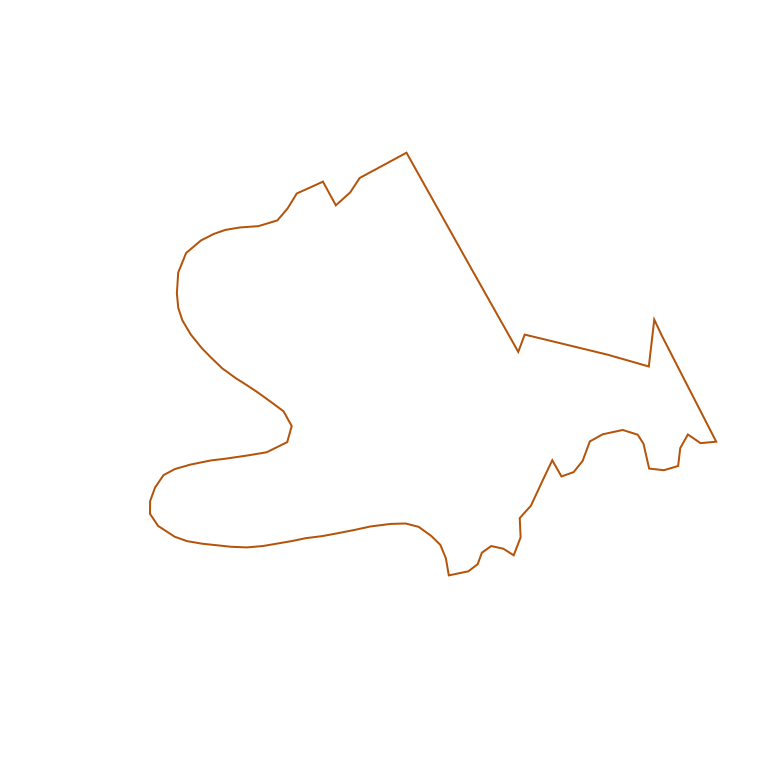 Mariano Moro, Rio Grande do Sul, Brazil, rotated 241°
{"feature_id": "56859067B96204382802981", "entity_name": "Mariano Moro", "entity_type": "district", "adm_level": 2, "iso_a3": "BRA", "parent_name": "Brazil", "parent_adm1": "Rio Grande do Sul", "projection": "orthographic", "projection_center": [-52.177, -27.34], "detail": "fine", "context": "isolated", "style": "outline", "palette": "amber", "viewbox_px": 768, "rotation_deg": 241, "n_neighbors": 0, "source": "geoboundaries", "source_scale": "gbopen_adm2", "svg_char_len": 1294}
<svg xmlns="http://www.w3.org/2000/svg" viewBox="0 0 768 768"><g transform="rotate(241 384 384)"><path d="M185.2,347.9L179.3,366.9L181.0,378.6L189.0,387.8L190.3,399.2L182.1,408.5L171.3,414.4L183.6,429.1L200.9,437.7L206.4,453.6L222.8,476.1L235.7,494.2L217.1,494.4L215.0,507.2L220.5,520.5L234.0,536.2L234.0,550.9L228.1,570.4L216.7,581.3L206.0,582.0L181.5,574.9L172.9,587.0L169.7,601.5L184.3,612.0L192.5,625.3L178.8,632.2L172.5,646.6L291.0,650.4L309.3,651.6L270.9,624.1L301.3,593.7L359.0,531.0L347.0,517.0L445.5,516.3L575.4,515.8L576.0,462.6L568.0,447.4L563.6,428.5L590.6,428.7L592.9,400.0L584.3,384.8L578.8,370.1L583.0,350.6L590.7,334.0L595.7,320.0L597.8,307.9L598.3,293.4L594.5,274.4L581.2,258.0L563.7,246.8L550.2,240.9L537.3,238.5L520.9,239.0L503.8,242.0L490.7,245.6L476.1,250.1L460.9,257.2L449.6,263.4L438.2,269.3L425.1,275.5L408.8,282.9L392.0,282.9L380.1,271.2L381.2,248.2L387.7,229.9L395.3,209.7L401.2,195.2L407.4,175.5L411.0,159.9L411.2,147.0L404.4,133.5L394.9,122.6L383.9,116.4L369.4,117.6L351.9,126.9L342.2,135.4L332.5,147.5L315.8,171.3L307.6,184.8L301.0,199.5L295.1,216.4L290.9,228.5L287.1,240.8L281.0,256.0L276.3,270.0L270.9,286.7L266.0,303.0L258.4,322.0L251.5,335.3L242.2,345.1L228.1,351.7L216.0,355.3L201.5,353.6L185.2,347.9Z" fill="none" stroke="#b45309" stroke-width="2"/></g></svg>